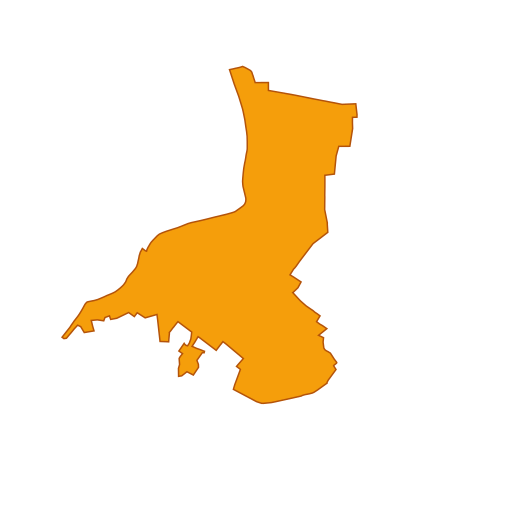 outline of Cau Giay, Ha Noi, Vietnam, rotated 217°
{"feature_id": "81297802B81208073820584", "entity_name": "Cau Giay", "entity_type": "district", "adm_level": 2, "iso_a3": "VNM", "parent_name": "Vietnam", "parent_adm1": "Ha Noi", "projection": "orthographic", "projection_center": [105.795, 21.03], "detail": "fine", "context": "isolated", "style": "filled", "palette": "amber", "viewbox_px": 512, "rotation_deg": 217, "n_neighbors": 0, "source": "geoboundaries", "source_scale": "gbopen_adm2", "svg_char_len": 4307}
<svg xmlns="http://www.w3.org/2000/svg" viewBox="0 0 512 512"><g transform="rotate(217 256 256)"><path d="M345.6,147.0L345.8,146.1L346.8,142.8L347.6,141.1L348.5,139.4L350.5,136.0L351.2,134.9L352.6,132.2L354.2,129.4L356.2,126.0L358.4,123.1L359.3,122.1L360.4,120.9L362.6,118.4L363.2,117.6L363.3,117.2L363.5,115.6L363.5,114.8L363.4,113.8L363.1,111.8L362.9,110.5L362.4,106.5L362.1,103.1L362.0,100.4L362.1,94.3L362.0,93.1L361.9,89.6L361.7,87.1L362.0,74.4L359.7,74.4L359.0,75.1L358.2,75.9L357.9,76.3L357.7,80.3L357.5,83.1L357.3,88.5L356.8,93.4L353.5,94.1L347.1,91.5L340.3,98.7L344.3,101.7L348.8,105.4L344.3,109.5L338.6,112.6L339.6,116.0L337.0,120.0L333.9,117.9L329.7,122.5L323.7,134.2L316.7,134.4L316.7,139.2L307.3,139.9L299.9,149.7L296.2,145.9L281.2,130.0L275.9,133.7L274.1,134.9L275.2,136.6L277.0,139.5L277.4,140.1L278.3,141.7L279.2,142.7L279.1,144.9L279.1,145.2L279.1,145.9L279.1,147.1L279.1,148.3L279.1,148.8L279.0,149.5L279.0,150.5L279.0,151.3L278.9,155.4L278.8,156.6L274.6,156.6L271.1,156.6L267.6,156.6L261.8,156.6L261.6,156.6L259.7,153.4L258.1,150.5L256.8,146.2L256.6,143.1L258.0,142.5L259.7,142.6L260.8,143.0L260.4,133.7L255.9,133.8L256.0,130.1L255.8,128.5L255.8,128.1L255.1,127.2L251.7,123.3L250.3,119.6L245.4,113.3L243.2,115.6L241.5,122.0L234.4,123.2L234.9,132.5L236.8,134.8L240.4,137.1L240.7,146.5L239.2,147.5L239.8,148.9L241.0,148.5L243.4,147.9L247.2,146.7L247.7,146.5L250.9,145.8L252.7,145.4L252.7,146.3L252.8,146.7L252.8,147.2L252.8,147.5L252.9,147.8L252.9,148.6L253.0,150.2L253.2,151.9L253.6,155.6L253.7,156.7L253.4,156.7L251.9,156.8L251.5,156.8L231.0,156.7L231.0,161.8L231.0,163.3L230.9,164.8L230.9,166.4L230.9,167.7L227.6,167.7L225.1,167.6L204.4,166.5L205.0,158.2L205.1,156.1L201.9,156.1L201.0,156.1L200.2,156.0L195.5,140.4L193.8,135.9L167.9,140.0L162.9,141.7L161.8,142.5L161.6,142.6L155.5,148.2L152.6,151.5L135.6,171.4L135.2,172.3L134.7,173.1L133.4,174.8L130.5,178.0L128.6,180.4L127.7,182.0L126.2,186.1L124.6,191.3L123.3,195.5L123.0,196.4L122.7,197.0L123.1,197.5L123.6,200.0L123.8,213.5L127.6,214.9L128.0,215.1L128.0,215.6L127.3,218.4L127.2,218.9L127.3,219.4L127.8,219.7L131.4,220.7L137.9,223.1L138.7,223.2L139.9,223.0L140.7,223.0L142.9,222.6L144.5,222.6L146.4,223.3L150.6,227.6L152.9,231.4L156.0,230.8L158.3,230.3L155.7,240.6L161.1,240.4L164.0,240.0L167.0,240.0L168.1,240.0L168.8,246.3L168.8,246.7L172.4,246.7L175.3,246.5L177.4,246.7L185.8,246.3L191.2,246.7L193.6,246.9L195.9,247.3L204.6,248.9L204.5,249.1L203.4,255.9L204.4,262.4L213.6,261.8L217.5,261.4L217.7,263.7L218.1,268.3L217.9,269.4L217.8,272.2L218.0,277.5L218.0,280.2L217.9,300.2L212.9,318.1L218.3,324.4L218.9,325.3L229.1,334.4L231.0,337.0L232.5,339.0L236.6,344.6L237.5,345.7L240.0,349.1L242.4,352.4L247.2,358.8L248.9,361.0L249.6,361.9L242.7,368.6L252.2,384.1L255.9,393.4L254.0,394.8L247.1,400.1L255.5,415.9L259.2,420.5L262.4,424.8L258.9,427.6L260.4,429.7L267.9,437.6L278.5,428.9L304.2,416.3L321.7,407.9L345.7,395.7L350.5,402.0L350.7,401.9L351.5,401.2L361.0,394.0L363.0,395.4L363.7,395.9L364.6,396.5L365.7,397.3L366.6,398.0L367.9,398.8L370.0,400.3L371.9,400.8L373.7,400.6L375.2,400.4L377.2,400.1L378.9,399.8L379.8,399.5L380.7,399.4L382.1,397.4L382.7,396.6L383.3,395.9L383.8,395.3L384.3,394.7L385.4,393.5L385.8,393.0L387.0,391.5L387.3,391.2L389.3,388.9L376.7,380.1L366.0,373.2L359.5,368.5L355.4,365.5L352.9,363.4L346.9,358.1L342.0,353.2L338.3,349.6L335.1,346.2L332.0,342.3L329.2,338.6L327.7,336.6L327.1,335.7L326.8,335.1L326.4,334.4L325.3,332.0L324.4,330.2L323.5,328.6L322.1,325.9L321.8,325.3L321.1,323.7L318.5,318.6L315.7,313.9L313.2,309.9L311.6,307.5L309.8,305.4L308.2,303.7L299.1,296.2L298.2,295.2L297.0,293.3L296.6,292.0L296.3,290.6L296.4,288.6L297.1,286.1L299.3,279.1L299.9,278.0L301.3,276.0L304.5,271.8L312.5,262.1L317.8,255.5L321.6,250.9L327.7,243.8L329.8,241.0L335.5,231.6L338.3,227.7L342.4,221.9L344.7,218.3L346.3,215.4L347.0,212.8L347.7,207.3L348.0,203.8L347.9,201.9L347.4,197.8L346.9,195.4L346.3,194.0L347.5,193.6L351.3,193.6L350.9,191.1L350.7,189.4L350.3,188.4L349.5,186.1L348.4,183.9L347.0,180.8L345.8,178.3L345.8,178.0L345.2,176.4L344.9,175.1L344.8,173.9L344.8,172.6L345.0,168.7L345.3,166.1L345.4,165.2L345.6,163.0L345.3,159.7L344.9,158.5L344.8,158.0L344.7,157.7L344.6,157.2L344.5,156.8L344.4,153.3L344.7,151.1L344.8,150.6L344.9,150.1L345.2,148.5L345.6,147.0Z" fill="#f59e0b" stroke="#b45309" stroke-width="1.5"/></g></svg>